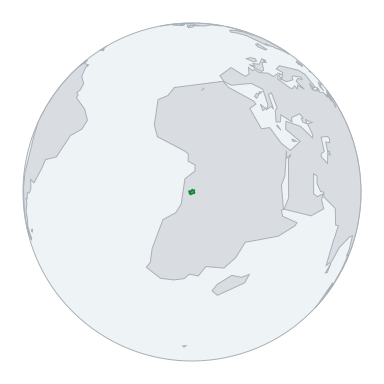 Lékoumou on an orthographic globe, rotated 39°
{"feature_id": "COG-3344", "entity_name": "Lékoumou", "entity_type": "Region", "adm_level": 1, "iso_a3": "COG", "parent_name": "Republic of the Congo", "parent_adm1": "", "projection": "orthographic", "projection_center": [13.496, -3.075], "detail": "fine", "context": "on_globe", "style": "filled", "palette": "green", "viewbox_px": 384, "rotation_deg": 39, "n_neighbors": 0, "source": "natural_earth", "source_scale": "10m", "svg_char_len": 7082}
<svg xmlns="http://www.w3.org/2000/svg" viewBox="0 0 384 384"><g transform="rotate(39 192 192)"><circle cx="192" cy="192" r="169" fill="#eef3f6" stroke="#a8b0b8"/><path d="M111.8,43.3L110.8,43.8L105.6,46.9L104.1,47.9L110.2,44.5L101.4,50.3L97.5,54.9L95.1,56.8L88.4,60.7L85.6,61.3L76.9,68.4L83.9,63.0L77.7,68.8L77.3,69.7L78.4,69.2L81.2,66.9L79.4,69.0L71.8,74.5L73.4,72.7L75.8,70.8L74.4,71.4L69.3,76.1L66.5,79.1L63.0,82.9L71.5,73.5L80.7,64.9L90.5,56.9L100.9,49.7L111.8,43.3ZM25.5,163.4L26.3,159.3L27.6,154.9L25.7,164.6L27.9,155.4L27.6,159.8L31.4,158.4L30.6,160.7L33.5,171.5L39.5,175.8L40.9,182.8L39.9,187.4L42.7,188.5L42.7,191.4L56.4,195.1L65.6,202.1L66.8,212.5L62.0,224.7L64.5,250.1L57.8,259.0L60.6,269.3L63.4,284.4L58.7,283.8L64.8,290.9L66.1,295.4L64.4,296.1L68.2,301.1L67.1,301.5L70.8,304.6L75.2,311.4L81.1,316.5L85.9,321.9L89.9,324.8L89.4,324.8L90.6,326.0L92.7,327.7L88.6,325.3L80.4,318.6L76.7,315.0L76.0,314.6L67.5,305.3L69.0,307.3L57.5,293.5L49.9,281.8L34.0,248.1L31.4,241.6L28.5,234.6L27.2,229.4L24.8,216.3L23.4,203.1L23.1,189.8L23.7,176.6L25.5,163.4ZM34.1,131.9L33.6,133.2L33.4,133.7L34.1,131.9ZM97.6,330.5L90.0,326.3L93.3,328.1L90.4,325.3L96.3,328.7L97.6,330.5ZM91.3,323.2L91.1,321.5L92.5,322.3L93.0,323.7L91.3,323.2ZM357.6,158.3L356.1,152.4L358.3,164.2L360.2,175.7L360.4,178.5L360.9,186.9L360.6,183.5L359.6,172.5L358.7,168.3L357.0,157.8L352.7,141.9L352.2,144.0L350.4,137.9L344.3,125.0L342.7,127.8L341.4,142.4L344.3,158.1L342.5,164.7L332.7,141.2L327.1,126.2L324.4,127.3L313.7,114.6L297.5,112.8L294.5,109.1L291.7,110.7L284.0,106.8L279.2,101.0L274.9,101.2L287.6,116.8L292.2,116.8L295.0,111.0L297.8,116.7L305.0,122.2L299.5,135.6L274.4,147.4L270.8,135.7L245.8,105.2L245.9,101.9L245.7,101.6L245.3,100.9L244.2,106.2L239.5,100.6L254.1,121.1L257.1,130.3L274.1,148.1L272.8,149.9L277.9,153.8L292.9,149.8L293.2,153.8L286.8,172.1L265.0,197.6L267.3,215.6L264.7,231.0L249.7,241.2L249.7,253.3L241.8,257.5L240.3,264.4L233.2,271.8L221.8,278.9L203.9,279.2L203.8,272.9L196.5,260.8L186.8,231.7L192.4,218.3L191.2,208.2L178.2,186.2L181.1,173.9L177.3,169.0L169.7,170.5L165.2,164.7L160.5,164.8L130.3,170.8L120.6,163.7L107.5,141.6L112.6,132.1L112.5,121.9L146.4,86.5L154.7,87.7L182.7,82.5L186.4,83.5L184.3,90.7L206.2,99.2L211.9,93.0L230.6,97.9L242.2,97.9L244.2,84.6L225.1,84.2L220.6,77.9L235.0,72.7L251.5,74.1L250.3,71.8L238.8,66.3L241.6,62.5L234.7,64.2L238.3,66.6L234.1,68.0L230.6,66.0L231.7,64.6L226.4,63.5L222.5,71.4L225.6,74.6L212.5,76.1L216.5,81.9L213.3,84.7L205.3,76.1L205.3,73.0L191.3,64.9L190.1,68.1L203.2,76.3L199.6,75.7L198.1,81.0L196.3,76.5L182.3,67.6L169.7,70.3L155.5,84.2L147.8,86.0L140.5,84.1L144.0,70.8L160.8,68.5L162.2,64.5L157.4,59.6L162.9,59.6L163.0,57.5L169.2,56.8L176.5,51.7L182.6,51.0L184.1,45.4L187.4,44.5L185.6,47.9L187.6,50.2L202.6,49.5L205.0,48.3L204.8,45.0L209.0,45.6L206.8,42.5L214.7,41.5L203.3,40.4L202.7,37.4L206.7,35.2L204.4,34.2L197.9,37.9L197.1,39.6L199.8,41.3L195.9,46.9L191.1,48.0L187.3,42.1L180.0,43.3L180.3,38.9L197.8,30.5L205.8,29.5L222.0,33.1L220.9,34.5L214.6,33.7L221.7,36.9L220.5,35.4L224.0,36.2L224.3,34.1L226.7,34.6L222.8,32.1L225.9,32.5L228.3,34.1L231.4,32.1L237.3,33.0L236.8,32.4L234.6,31.5L243.7,33.5L242.9,33.0L239.6,32.1L236.0,30.7L233.1,29.2L236.4,29.9L237.9,30.6L245.9,33.5L249.4,35.5L250.5,35.8L248.2,34.2L238.4,30.6L235.7,29.5L240.6,31.0L238.6,30.3L238.3,30.1L241.1,30.7L235.8,29.1L231.9,27.8L243.4,31.0L254.6,35.1L265.6,39.9L276.1,45.5L286.3,51.8L295.9,58.8L305.1,66.5L313.7,74.8L321.7,83.7L329.0,93.1L335.6,103.0L341.6,113.4L346.8,124.2L351.2,135.3L354.8,146.7L357.6,158.3ZM136.1,103.3L135.6,106.2L135.5,106.3L136.1,103.3ZM270.1,83.3L279.3,84.5L273.1,76.3L276.1,76.3L272.9,73.7L272.6,75.7L264.5,69.0L267.7,67.2L265.6,64.1L262.4,63.6L257.8,68.1L269.4,77.4L268.2,80.5L270.1,83.3ZM31.5,158.2L31.8,160.0L31.0,160.2L31.5,158.2ZM33.9,137.0L34.4,137.6L33.4,138.6L33.9,137.0ZM33.4,134.0L33.5,136.9L31.6,140.2L31.7,138.6L32.4,137.4L33.4,134.0ZM78.2,68.5L78.7,68.1L79.3,68.2L77.9,69.2L78.2,68.5ZM88.8,63.3L85.6,66.8L86.9,64.8L84.3,66.6L83.7,65.0L93.9,57.7L89.4,61.1L88.8,63.3ZM85.8,61.6L85.0,63.0L85.5,61.8L85.8,61.6ZM157.3,48.7L159.8,49.6L158.1,51.9L150.4,54.2L152.8,50.8L157.3,48.7ZM163.9,50.4L162.3,44.6L167.0,43.4L164.6,45.0L167.9,44.7L165.0,47.3L171.1,52.3L169.9,54.8L156.3,57.0L161.4,54.7L158.5,53.8L163.9,50.4ZM149.8,36.6L149.2,35.4L160.3,34.1L159.6,35.5L151.9,37.6L148.1,37.2L149.8,36.6ZM133.9,33.3L132.8,33.8L131.5,34.3L133.9,33.3ZM131.1,34.4L127.8,36.0L122.3,38.3L124.7,37.0L117.9,40.3L117.9,40.1L113.8,42.4L116.8,40.7L131.1,34.4ZM170.2,24.5L171.2,24.4L173.2,24.1L178.0,23.7L179.9,23.7L175.7,24.0L180.9,24.0L176.1,24.5L177.0,24.5L174.0,25.0L171.9,25.9L169.5,26.1L169.7,26.4L167.7,27.0L167.2,27.5L162.7,28.3L161.8,29.1L160.2,29.1L159.7,30.3L158.1,29.8L155.4,30.9L158.4,30.8L135.7,36.3L127.5,39.8L121.5,43.3L119.5,42.6L123.9,39.2L131.5,35.1L139.7,32.2L137.4,32.7L140.6,31.5L141.1,31.6L142.2,30.9L145.0,30.0L151.8,27.9L151.7,27.9L170.2,24.5ZM189.9,80.7L192.6,80.9L196.7,80.5L195.8,84.1L189.9,80.7ZM180.1,74.6L182.5,74.0L183.3,78.4L180.4,78.4L180.1,74.6ZM183.2,70.3L182.6,73.7L181.2,71.9L183.2,70.3ZM187.7,47.4L190.1,46.9L190.7,47.7L189.6,48.9L187.7,47.4ZM194.4,25.7L192.2,25.4L192.7,25.2L190.4,24.4L193.8,24.3L196.5,24.7L194.4,25.7ZM241.4,86.7L238.4,89.2L236.5,88.0L237.9,87.3L241.4,86.7ZM216.3,86.3L222.4,88.0L216.0,87.3L216.3,86.3ZM197.7,25.4L196.4,25.0L198.9,25.2L197.7,25.4ZM196.1,24.2L199.0,24.3L193.9,24.2L196.1,24.2ZM284.0,315.2L283.4,317.5L281.7,317.5L284.0,315.2ZM290.1,229.3L276.8,256.3L269.8,256.2L269.7,248.1L275.4,231.7L283.9,227.3L288.4,220.0L290.1,229.3ZM360.5,205.0L360.6,199.9L358.5,174.6L359.3,175.6L361.0,190.8L361.0,193.6L360.9,194.1L360.9,194.4L360.5,205.0ZM344.8,159.7L347.8,169.6L346.5,170.9L344.8,159.7ZM224.8,26.9L224.3,27.8L226.2,29.2L230.8,30.6L224.1,29.3L221.2,27.2L224.8,26.9ZM208.8,24.3L208.4,24.5L206.4,24.3L208.8,24.3Z" fill="#d9dde1" stroke="#a8b0b8" stroke-width="1"/><path d="M192.7,189.1L192.8,189.1L192.9,189.3L193.0,189.6L193.1,189.8L193.1,190.0L193.1,190.3L193.3,190.3L193.3,190.2L193.4,190.3L193.5,190.3L193.8,190.3L193.8,190.2L193.8,190.3L193.9,190.5L194.0,190.6L193.9,190.7L193.9,190.8L194.0,190.8L194.3,190.9L194.3,191.0L194.5,191.4L194.5,191.5L194.4,191.5L194.0,191.9L193.9,192.1L193.9,192.3L193.8,192.5L193.7,192.5L193.5,192.8L193.4,192.9L193.3,193.0L193.2,193.0L193.1,193.3L193.0,193.5L192.9,193.6L192.8,193.8L192.7,193.8L192.6,194.0L192.6,193.9L192.6,194.0L192.5,193.9L192.4,194.0L192.2,194.0L192.3,194.1L192.3,194.3L192.2,194.3L192.2,194.5L192.0,194.8L191.9,194.9L191.7,194.9L191.6,194.7L191.4,194.5L191.2,194.5L190.9,194.5L190.7,194.5L190.6,194.4L190.4,194.3L190.2,194.2L190.2,193.9L190.1,193.7L189.9,193.5L190.0,193.5L189.9,193.4L189.7,193.4L189.5,193.2L189.4,193.2L189.5,193.0L189.5,192.9L189.6,192.7L189.8,192.7L190.0,192.6L190.3,192.6L190.5,192.5L190.6,192.4L190.8,192.3L190.8,192.2L190.9,191.9L190.9,191.7L190.7,191.6L190.6,191.4L190.8,191.3L190.8,191.2L190.7,191.1L190.6,190.6L190.7,190.1L190.7,189.9L190.9,189.9L191.0,189.9L191.6,190.1L191.8,190.1L192.0,190.0L192.1,189.9L192.3,189.8L192.3,189.7L192.6,189.4L192.7,189.2L192.7,189.1Z" fill="#22c55e" stroke="#15803d" stroke-width="1.5"/></g></svg>